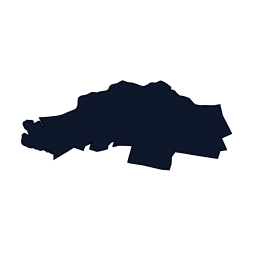 Comuna 4, Ciudad de Buenos Aires, Argentina (Natural Earth projection), rotated 201°
{"feature_id": "61730980B82066929031844", "entity_name": "Comuna 4", "entity_type": "district", "adm_level": 2, "iso_a3": "ARG", "parent_name": "Argentina", "parent_adm1": "Ciudad de Buenos Aires", "projection": "natural_earth1", "projection_center": [-58.377, -34.64], "detail": "fine", "context": "isolated", "style": "filled", "palette": "ink", "viewbox_px": 256, "rotation_deg": 201, "n_neighbors": 0, "source": "geoboundaries", "source_scale": "gbopen_adm2", "svg_char_len": 4842}
<svg xmlns="http://www.w3.org/2000/svg" viewBox="0 0 256 256"><g transform="rotate(201 128 128)"><path d="M50.6,182.4L55.5,179.4L60.4,177.6L64.4,176.2L68.0,174.6L73.7,173.5L77.1,174.9L81.4,177.2L87.2,177.1L91.4,176.2L94.4,177.2L97.8,179.0L100.1,179.0L102.2,178.5L102.8,181.2L104.5,181.7L107.4,182.6L110.5,183.2L112.6,183.4L114.6,183.2L118.2,179.4L120.6,179.0L123.3,177.6L124.2,175.8L127.5,172.4L130.4,171.5L136.5,171.5L140.5,171.1L143.8,170.2L146.5,169.9L149.9,169.9L151.7,168.0L153.6,165.5L156.5,163.6L158.6,162.1L159.6,160.1L159.6,156.9L161.1,154.8L164.1,153.1L167.1,151.3L169.8,149.1L172.1,148.8L174.6,147.8L177.0,145.0L179.8,142.7L182.9,140.9L184.6,138.7L184.2,135.8L182.8,132.0L182.6,128.2L183.7,126.1L189.0,121.2L193.7,116.5L198.4,113.3L207.5,108.6L214.0,105.7L207.1,99.7L208.3,98.6L208.7,98.6L211.2,101.2L211.6,101.2L212.3,101.7L212.8,102.4L214.5,101.6L214.6,101.3L214.4,101.2L214.2,101.1L214.7,100.8L215.0,100.4L217.3,98.0L218.0,97.8L218.3,98.0L218.7,99.7L218.9,99.9L219.0,99.9L219.3,100.1L219.5,100.2L219.8,100.1L219.9,100.4L220.2,100.4L220.5,100.1L220.7,99.9L221.2,99.7L221.3,100.0L223.8,99.1L223.7,98.7L224.8,98.4L224.9,98.8L225.3,98.7L225.1,98.3L225.8,97.7L227.1,96.3L227.3,96.0L227.4,95.8L227.4,95.6L227.3,95.4L227.3,95.1L227.3,94.7L227.3,94.4L227.2,94.2L227.0,93.9L226.6,93.6L226.4,93.4L226.3,93.1L226.2,93.0L226.0,92.7L225.7,92.5L223.8,90.8L223.6,90.6L223.3,90.6L222.9,90.5L222.7,90.5L222.4,90.4L221.3,90.1L221.2,90.0L220.9,89.9L220.7,89.9L220.6,89.7L220.3,89.4L220.0,89.0L219.8,88.7L219.5,88.4L219.2,88.1L218.9,87.8L218.6,87.6L218.3,87.2L218.1,86.9L217.9,85.1L218.2,85.1L218.8,85.1L219.2,85.2L220.5,85.5L221.0,85.6L221.4,85.7L222.1,85.7L222.5,85.7L222.8,85.6L223.1,85.4L223.2,85.2L223.3,85.1L223.4,84.7L223.5,84.5L223.8,84.2L223.9,83.9L223.9,83.6L223.9,83.4L223.8,82.9L223.7,82.7L223.6,82.2L223.3,81.9L223.2,81.7L223.1,81.4L222.9,81.1L222.9,80.7L222.9,80.3L222.8,79.7L222.8,79.3L222.7,78.9L222.7,78.5L222.6,78.3L222.5,78.0L222.4,77.7L222.2,77.5L222.1,77.3L222.0,77.0L221.9,76.8L221.8,76.5L221.7,76.3L221.6,76.0L221.4,75.8L221.1,75.5L220.7,75.4L220.4,75.2L220.1,75.1L219.8,75.0L219.6,75.0L219.0,74.8L218.6,74.8L218.2,74.8L217.8,74.8L217.5,74.9L217.0,75.0L216.6,74.9L216.2,74.9L215.9,74.8L215.5,74.7L215.1,74.6L214.8,74.6L214.4,74.6L214.1,74.6L213.6,74.7L213.3,74.8L212.9,74.8L212.1,74.8L211.8,74.8L211.7,74.8L211.3,75.0L211.1,75.2L208.7,76.2L207.5,75.5L205.9,75.6L204.8,76.2L204.7,76.2L203.2,75.8L202.6,75.9L202.3,75.8L202.0,75.9L201.9,75.9L199.0,77.8L196.9,77.5L194.6,76.6L194.8,76.8L194.6,77.1L194.0,77.5L193.4,77.5L192.7,77.3L192.5,77.9L192.4,77.9L192.1,77.8L191.7,77.3L190.8,77.0L189.8,77.7L189.7,77.7L189.4,77.1L187.6,77.3L187.5,77.0L186.9,75.5L186.3,73.8L185.9,72.6L185.4,73.3L185.2,73.6L182.9,76.5L182.3,77.2L180.3,79.9L180.1,80.1L179.3,81.1L177.4,83.5L175.4,86.1L175.2,86.4L174.7,87.1L174.4,87.5L174.2,87.8L174.0,88.1L173.5,88.7L172.7,89.8L172.0,90.8L171.7,91.1L171.0,91.0L165.0,91.2L162.0,91.2L162.0,91.9L162.0,95.9L162.1,96.0L161.8,96.1L159.1,98.9L158.7,99.4L157.1,101.3L156.7,101.8L156.6,101.1L156.6,100.6L156.6,100.2L156.4,98.4L156.1,95.2L156.1,94.8L152.9,95.0L152.4,95.1L148.9,95.2L146.9,96.4L142.6,99.3L142.2,99.6L140.0,101.4L140.1,102.0L140.8,104.2L140.8,104.3L139.1,108.1L139.0,108.4L139.0,108.5L138.9,108.7L138.8,108.9L137.9,109.5L137.8,109.8L137.8,110.5L135.6,110.6L135.5,108.8L135.4,105.1L135.3,105.3L134.6,105.9L132.8,107.2L131.3,108.5L130.1,108.9L127.3,110.0L125.1,110.8L123.6,111.3L122.8,111.6L121.0,112.2L120.6,112.3L119.1,112.7L117.4,113.2L117.1,109.6L117.0,109.0L116.8,106.8L116.4,102.1L116.0,98.6L115.8,96.3L113.8,96.3L111.7,96.8L109.6,97.2L107.5,97.7L104.6,98.3L104.4,98.4L101.0,99.1L98.4,99.5L96.5,99.8L96.0,99.8L93.4,100.2L91.1,100.5L86.9,101.1L85.2,101.3L84.7,101.4L81.5,101.9L79.4,102.5L78.5,102.8L78.2,102.9L75.1,103.8L74.7,103.9L74.7,104.5L75.0,106.8L75.0,107.2L75.2,110.1L75.3,110.3L76.5,114.1L77.1,115.6L77.3,115.9L77.2,117.1L76.9,118.6L76.4,120.4L76.3,121.0L75.8,123.0L75.0,123.1L74.5,123.2L71.9,123.8L69.2,124.4L66.0,125.1L64.1,125.5L63.8,125.5L61.4,126.0L61.1,126.1L59.7,126.3L59.3,126.4L58.8,126.5L56.5,127.0L51.4,128.1L48.5,128.7L48.2,128.8L46.0,129.2L44.8,129.5L43.5,129.8L42.4,130.0L41.7,130.2L41.3,130.2L39.9,130.5L38.9,130.7L38.6,130.8L38.2,130.9L36.6,131.2L36.1,131.3L35.6,131.5L34.2,131.8L33.7,131.9L33.8,133.3L33.9,135.0L34.0,136.5L34.1,138.0L34.2,140.3L33.2,140.5L31.5,141.4L31.4,141.5L28.6,143.0L29.4,144.1L30.9,145.5L32.5,147.0L32.7,147.3L34.5,149.0L36.8,151.2L37.2,151.6L37.6,151.9L36.5,153.1L34.4,155.2L32.5,157.1L31.1,158.4L29.6,159.9L32.3,162.3L34.2,164.1L34.4,164.3L35.6,165.4L35.8,165.6L36.6,166.1L36.8,166.2L37.0,166.5L39.1,168.5L39.4,168.7L40.6,169.8L40.8,170.0L41.1,170.2L42.5,171.4L42.7,171.7L43.8,172.6L44.1,172.9L44.9,173.6L45.5,174.6L46.9,176.8L48.3,178.8L48.5,179.1L49.0,179.9L50.3,181.9L50.6,182.4Z" fill="#0f172a" stroke="#020617" stroke-width="1.5"/></g></svg>